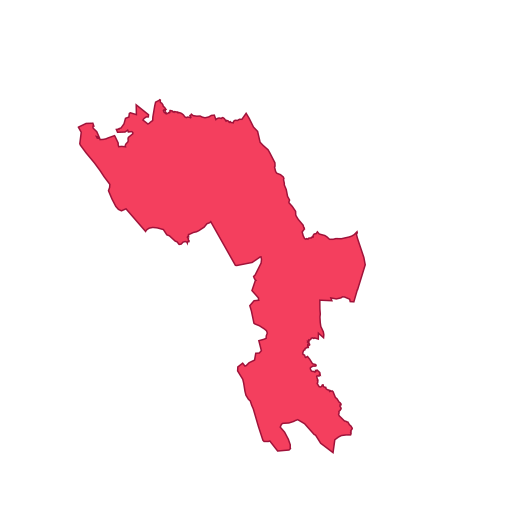 the district of Šķēdes pag., Saldus, Latvia, rotated 236°
{"feature_id": "27541924B42319814490373", "entity_name": "Šķēdes pag.", "entity_type": "district", "adm_level": 2, "iso_a3": "LVA", "parent_name": "Latvia", "parent_adm1": "Saldus", "projection": "natural_earth1", "projection_center": [22.385, 56.877], "detail": "fine", "context": "isolated", "style": "filled", "palette": "rose", "viewbox_px": 512, "rotation_deg": 236, "n_neighbors": 0, "source": "geoboundaries", "source_scale": "gbopen_adm2", "svg_char_len": 6118}
<svg xmlns="http://www.w3.org/2000/svg" viewBox="0 0 512 512"><g transform="rotate(236 256 256)"><path d="M338.1,178.2L338.5,178.9L338.9,180.6L338.8,183.1L337.4,186.4L334.6,189.8L329.7,194.0L323.4,193.9L321.2,195.5L313.6,197.3L311.8,198.5L308.7,198.7L308.3,199.2L307.7,200.7L308.3,203.3L307.6,205.4L306.1,206.5L305.1,206.3L306.0,207.2L305.7,207.8L306.0,208.3L305.6,208.6L306.4,209.1L307.1,208.9L307.8,209.2L308.2,209.7L309.7,209.5L309.9,209.7L309.6,209.8L310.0,210.3L309.8,210.6L310.2,210.6L310.1,211.0L310.4,211.0L311.3,211.8L311.1,212.0L311.5,212.6L311.2,213.0L310.5,217.3L309.4,220.1L309.0,222.6L308.9,229.1L310.2,233.4L309.5,236.3L309.8,237.7L259.8,233.7L258.9,234.7L252.8,249.2L252.9,259.0L252.5,259.7L250.0,258.6L247.3,256.3L240.7,244.6L240.4,242.6L238.9,242.2L236.9,242.0L235.9,242.3L236.0,241.7L229.6,233.3L219.8,234.6L218.5,233.7L217.8,233.5L220.0,229.4L218.3,223.1L212.9,221.4L201.4,216.7L200.3,217.1L196.3,219.8L190.7,222.2L188.2,222.9L185.8,222.3L184.0,219.8L182.1,218.4L182.5,216.1L184.2,211.0L174.5,207.5L173.7,204.4L175.5,201.4L170.5,196.6L171.4,190.7L170.6,186.6L170.9,185.3L174.6,185.0L174.2,178.9L171.0,176.5L161.2,176.1L157.3,174.6L150.0,171.2L146.2,169.8L141.4,169.6L139.0,170.2L134.8,169.0L130.9,168.3L113.4,162.7L99.4,158.7L97.7,159.0L95.4,162.4L94.9,164.0L82.2,164.9L76.7,174.9L77.1,176.9L78.0,177.2L80.3,178.8L85.8,180.3L93.9,181.2L100.6,180.4L102.2,182.9L102.3,184.6L99.2,189.9L97.8,194.7L97.6,196.6L97.0,199.1L89.8,202.5L75.5,204.4L74.2,205.2L64.6,204.9L49.9,209.9L59.6,218.6L59.8,223.2L59.4,226.4L57.3,230.6L54.8,234.4L55.6,235.5L56.6,235.6L56.9,236.5L58.0,236.7L58.9,239.0L59.4,239.5L62.1,239.6L63.8,239.1L67.0,239.3L67.7,238.5L68.8,238.1L69.7,237.1L77.0,235.6L78.7,236.0L79.4,237.1L80.8,237.8L81.0,239.4L81.6,240.4L81.7,241.1L83.0,241.6L84.4,241.5L85.5,242.3L85.0,243.0L85.6,243.7L87.5,243.6L88.2,243.2L92.5,243.3L94.3,242.7L100.4,244.0L101.7,243.6L101.7,242.9L102.0,242.5L103.0,242.3L103.2,242.1L102.4,241.7L102.4,241.4L104.2,241.4L105.2,240.4L106.7,239.9L107.3,239.9L108.0,240.4L109.1,239.4L109.9,239.0L110.4,238.9L111.4,239.6L111.7,239.5L112.0,238.9L111.3,237.6L111.2,236.8L111.4,236.1L112.4,235.3L115.8,235.4L116.3,235.6L116.5,236.3L117.5,237.1L118.3,237.2L118.4,237.5L118.2,237.7L118.6,238.0L119.4,238.0L122.2,238.9L122.5,239.3L122.4,239.8L121.2,241.1L122.3,242.4L121.5,242.7L123.7,243.7L127.2,242.9L127.4,242.4L127.1,241.7L127.8,241.3L126.8,240.5L126.9,239.9L128.1,239.2L129.0,238.0L129.8,237.6L132.1,237.9L133.0,238.7L132.9,241.5L131.4,243.9L131.4,244.3L131.9,244.8L133.0,244.5L134.5,243.0L135.5,242.6L140.3,242.8L143.9,242.5L144.0,240.5L144.3,240.2L146.7,240.8L148.0,240.0L149.5,240.5L151.1,242.7L150.9,244.2L151.9,245.0L151.9,245.4L151.6,245.9L151.8,246.6L150.9,248.2L151.3,248.6L152.2,248.3L153.4,249.2L152.7,249.6L152.2,250.5L152.8,251.1L154.1,250.8L153.8,251.1L154.3,251.4L155.1,251.0L156.3,251.1L155.7,251.8L156.0,252.1L155.9,252.3L156.8,252.4L157.0,253.0L156.3,253.4L156.3,254.8L156.9,255.7L156.4,257.4L155.6,257.5L155.2,258.2L155.3,258.8L152.3,261.2L157.1,264.6L150.5,266.3L152.8,268.2L155.5,269.4L161.3,270.3L165.0,272.1L169.7,274.9L171.9,276.8L176.3,279.3L183.7,284.2L176.5,293.9L179.4,294.6L175.5,298.6L173.8,303.0L173.8,304.9L172.5,306.5L167.8,309.5L165.5,308.6L163.3,311.5L171.4,321.2L171.3,321.4L187.6,341.6L194.5,344.6L213.6,349.9L217.7,351.3L218.6,352.9L219.6,353.3L218.8,349.3L219.0,346.4L219.7,343.8L222.6,336.4L225.8,331.9L226.7,329.3L228.7,326.3L232.2,325.5L234.5,324.5L238.9,320.7L241.7,320.4L240.9,318.4L241.7,316.6L241.3,315.3L240.7,314.4L240.0,314.3L239.7,313.8L240.4,313.3L240.1,313.0L240.0,312.2L240.4,312.0L240.3,311.7L240.6,310.8L241.2,310.1L241.3,309.4L240.9,308.4L242.1,307.7L242.0,306.7L243.4,306.0L246.5,306.5L250.1,307.7L251.1,310.6L251.6,311.3L252.4,311.5L252.1,311.6L252.3,311.7L252.9,311.5L255.2,312.3L262.7,311.5L265.8,311.6L267.6,311.8L270.9,313.8L276.7,313.8L281.7,313.1L282.5,313.6L283.6,315.1L287.8,315.5L294.1,318.2L299.1,319.2L300.4,320.1L303.9,321.5L304.7,322.5L306.3,322.8L309.7,321.8L313.0,319.5L315.0,319.5L319.4,321.1L319.8,322.0L322.7,323.8L333.6,325.1L337.3,325.4L343.8,323.7L348.0,323.0L358.4,327.0L364.3,326.0L373.9,327.3L379.8,327.6L377.2,320.7L378.6,318.7L378.7,316.5L380.2,314.6L380.2,312.8L379.1,311.6L380.7,309.9L381.8,309.8L381.9,309.4L381.5,308.8L381.6,308.6L383.7,308.4L385.0,307.3L384.5,306.9L384.5,306.6L387.6,306.6L389.3,305.9L389.6,305.3L389.4,304.2L390.7,303.0L391.4,301.8L391.7,300.3L391.5,299.0L396.1,300.2L397.5,297.6L397.7,294.6L399.1,291.0L401.1,289.2L403.3,287.9L405.0,285.1L407.5,282.4L409.7,281.7L409.3,280.9L409.4,279.8L407.4,279.6L407.2,279.0L408.1,278.5L409.5,276.9L409.7,275.6L411.1,274.8L413.6,274.7L415.8,274.0L417.6,272.8L417.9,272.1L418.7,271.8L418.4,271.5L418.6,271.2L419.7,270.9L420.2,270.2L421.2,269.4L421.3,269.0L421.0,268.4L422.2,267.9L422.4,267.5L422.9,267.8L424.5,266.4L424.7,266.1L424.5,265.8L423.4,265.1L423.1,264.5L423.7,263.9L423.5,262.5L424.0,261.7L424.8,261.6L424.2,261.0L424.5,260.8L425.6,260.6L426.2,260.9L426.2,260.6L425.9,260.4L426.4,260.2L428.3,260.5L428.6,261.4L427.4,262.2L428.2,262.7L427.9,263.3L430.5,263.3L431.8,262.8L433.3,263.3L435.4,263.3L436.4,262.8L437.0,262.7L438.8,263.9L439.4,263.6L439.2,262.8L439.7,258.8L437.1,256.0L429.0,248.3L426.1,246.1L426.0,243.2L425.7,241.8L425.9,240.2L431.9,238.3L432.6,240.0L432.7,242.8L431.5,244.5L433.2,245.9L448.3,241.2L440.1,235.9L445.0,231.9L445.0,230.7L442.3,228.3L443.1,224.8L439.4,220.5L437.6,215.7L438.2,213.7L437.8,213.5L439.0,211.0L436.0,210.4L432.0,216.8L432.1,220.0L430.2,219.5L428.6,222.6L427.2,222.9L426.2,222.2L425.7,216.5L424.7,215.4L423.3,214.7L422.3,213.7L421.5,210.5L420.6,209.3L419.5,208.9L422.0,205.9L423.4,203.3L425.4,204.0L426.7,204.9L434.0,206.0L434.9,206.0L436.7,199.0L437.0,197.2L438.1,194.5L439.7,191.8L440.9,192.1L442.5,190.3L444.3,190.5L442.1,192.4L448.1,193.5L452.9,192.5L453.9,192.8L454.8,193.6L454.4,194.2L457.3,195.0L460.9,189.3L462.1,181.2L462.1,180.8L456.3,180.3L447.6,172.7L446.1,172.4L436.6,172.8L423.6,174.1L414.0,174.5L406.7,174.4L397.1,174.9L394.7,173.0L392.6,170.2L384.0,168.5L375.5,167.5L371.6,168.0L368.7,169.7L367.8,174.6L338.1,178.2Z" fill="#f43f5e" stroke="#9f1239" stroke-width="1.5"/></g></svg>